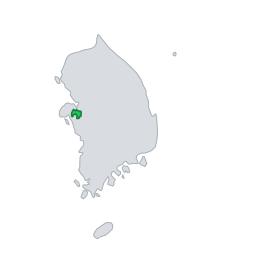 Yesan-gun, South Chungcheong, South Korea (highlighted), rotated 344°
{"feature_id": "91817680B1629367715088", "entity_name": "Yesan-gun", "entity_type": "district", "adm_level": 2, "iso_a3": "KOR", "parent_name": "South Korea", "parent_adm1": "South Chungcheong", "projection": "equal_earth", "projection_center": [126.793, 36.657], "detail": "fine", "context": "in_parent", "style": "filled", "palette": "green", "viewbox_px": 256, "rotation_deg": 344, "n_neighbors": 0, "source": "geoboundaries", "source_scale": "gbopen_adm2", "svg_char_len": 3971}
<svg xmlns="http://www.w3.org/2000/svg" viewBox="0 0 256 256"><g transform="rotate(344 128 128)"><path d="M78.4,59.9L79.3,59.2L79.3,58.3L79.3,55.1L81.7,52.9L85.1,48.4L86.7,45.9L88.6,43.6L90.7,42.0L92.9,41.3L96.2,41.0L102.7,41.3L103.9,41.0L108.4,40.8L109.5,41.2L112.7,41.4L116.3,41.2L118.1,40.5L119.8,39.4L121.3,37.3L122.7,33.5L124.3,30.5L125.3,30.0L132.0,45.9L138.4,56.2L143.8,63.6L151.7,78.0L154.0,85.8L154.3,90.6L155.6,97.1L154.6,100.9L155.0,106.9L154.5,110.0L153.6,112.2L153.6,116.6L153.9,118.9L154.0,122.0L154.6,123.2L155.5,123.7L156.9,122.5L158.6,122.1L158.4,125.8L156.4,135.2L154.6,142.1L152.2,148.1L149.2,153.5L145.4,155.7L142.8,156.5L137.7,156.7L133.5,155.8L129.9,156.5L128.4,157.6L127.4,159.6L128.2,162.6L128.1,164.9L126.6,164.7L123.5,163.4L120.1,163.2L118.5,162.6L116.9,159.4L115.2,159.5L112.4,161.4L108.1,161.8L106.5,162.8L106.0,164.2L106.6,165.9L108.8,168.1L108.1,170.3L105.8,171.4L104.0,168.7L102.8,166.0L101.5,165.8L99.5,166.6L99.1,169.5L100.1,171.5L101.6,173.8L99.5,176.5L98.9,178.4L97.4,179.7L93.2,176.7L93.8,174.6L95.6,172.5L95.8,170.3L95.2,169.1L89.3,174.5L85.6,180.6L83.7,180.2L82.8,178.6L81.7,178.0L77.7,181.9L77.0,185.1L75.5,185.2L74.9,183.8L74.8,181.0L74.2,178.6L70.1,175.1L68.2,172.1L69.2,170.4L72.6,171.3L75.4,171.2L74.8,169.7L73.9,169.0L75.7,168.2L77.2,166.6L76.0,166.1L74.1,167.1L72.5,166.6L71.9,162.6L70.0,158.5L69.0,154.6L70.9,152.3L71.9,148.7L73.6,143.6L74.5,141.9L77.0,140.7L77.8,139.4L76.5,138.7L74.3,138.1L74.4,136.7L75.9,135.9L77.5,134.2L80.7,132.3L81.6,128.5L80.7,127.6L78.8,126.7L79.2,124.8L80.0,123.4L79.7,122.5L77.4,120.1L75.8,117.9L76.3,115.4L76.0,111.6L76.2,108.4L76.1,106.7L74.9,102.8L74.4,98.9L72.9,99.4L71.7,100.4L67.4,99.0L66.1,99.0L65.5,96.1L67.1,92.5L70.7,89.4L72.8,89.0L74.4,87.6L76.9,87.2L79.8,89.3L82.5,89.7L84.0,93.4L84.9,94.2L85.1,92.8L87.2,91.2L87.7,90.1L87.3,89.4L84.8,88.8L82.6,84.2L82.3,82.2L81.5,80.9L82.7,77.3L80.1,73.2L78.9,71.9L79.1,68.1L77.7,65.8L77.0,64.5L76.5,62.2L76.9,61.2L78.1,60.9L78.4,59.9ZM69.8,225.2L68.6,226.0L67.4,225.5L67.1,225.1L65.7,223.0L65.4,221.9L66.3,219.9L70.1,216.5L80.0,213.2L81.8,213.1L85.7,214.5L86.6,217.1L85.8,219.4L84.9,220.9L80.4,223.4L76.9,224.7L69.8,225.2ZM136.3,167.5L133.7,169.7L130.2,166.7L129.3,165.1L132.0,162.6L134.2,159.8L135.7,159.7L136.3,167.5ZM117.7,167.2L117.4,170.8L115.5,171.0L114.3,168.7L113.1,169.8L112.4,169.8L111.5,167.0L111.3,164.7L113.6,163.0L115.0,164.1L116.9,164.6L117.7,167.2ZM67.3,183.1L65.6,183.7L64.6,182.4L63.9,182.1L64.3,180.4L67.2,177.2L67.7,176.1L70.4,176.7L71.4,178.5L70.1,181.1L67.3,183.1ZM75.4,61.5L75.2,66.2L73.7,66.0L72.7,65.6L72.3,64.6L71.3,60.3L72.4,58.5L74.6,59.9L75.4,61.5ZM65.7,170.0L65.3,170.8L64.1,170.6L62.9,168.1L62.4,166.1L61.2,165.0L63.1,163.3L65.6,166.4L65.7,170.0ZM72.5,106.1L72.1,108.5L70.3,106.9L69.8,101.8L71.7,103.3L72.5,106.1ZM194.4,70.7L193.2,71.8L191.7,70.7L191.5,69.6L192.2,68.6L194.0,68.1L194.8,68.9L194.4,70.7ZM81.6,184.1L82.1,185.8L79.9,185.5L78.7,183.8L78.8,182.4L80.2,182.2L81.6,184.1ZM110.4,174.2L110.1,175.3L108.7,173.6L110.1,171.7L110.4,174.2Z" fill="#d9dde1" stroke="#a8b0b8" stroke-width="1"/><path d="M87.4,99.6L87.3,98.9L86.8,98.7L86.5,98.7L86.1,98.9L85.8,98.8L85.8,98.5L85.7,98.1L85.3,97.9L84.9,97.9L84.6,97.6L84.4,97.3L84.1,97.1L83.8,96.9L83.8,96.4L83.7,96.0L83.3,96.2L83.0,96.4L82.8,96.6L82.7,96.9L82.4,97.0L82.1,96.9L81.8,96.7L81.5,96.3L81.4,95.9L81.1,95.5L80.8,95.2L80.4,95.4L79.9,95.8L79.3,96.3L79.2,96.5L79.0,96.8L78.6,97.4L78.2,97.7L77.9,98.2L77.6,98.9L77.5,99.6L77.3,100.3L77.2,100.7L77.1,100.9L77.3,101.6L78.0,101.7L78.4,101.6L78.6,100.5L79.3,100.4L79.7,100.4L80.2,100.2L80.5,99.9L81.6,100.3L81.4,100.7L81.8,101.0L82.3,101.3L82.4,101.9L82.4,102.3L82.3,102.6L82.0,103.0L81.7,103.4L81.5,103.9L81.5,104.4L81.7,105.0L82.2,104.9L82.3,104.9L83.1,105.2L84.0,104.9L84.0,104.3L84.1,103.9L84.7,103.6L85.7,103.9L85.8,103.8L86.3,103.2L86.4,102.9L86.5,102.6L86.5,102.2L86.7,101.9L86.8,101.7L86.8,101.4L87.1,101.0L87.2,100.5L87.2,100.0L87.4,99.6L87.4,99.6Z" fill="#22c55e" stroke="#15803d" stroke-width="1.5"/></g></svg>